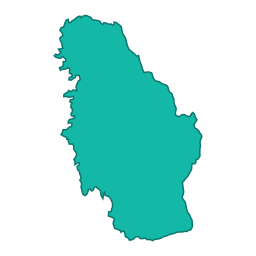 Santana do Riacho, Minas Gerais, Brazil (Equal Earth projection)
{"feature_id": "56859067B87261280335376", "entity_name": "Santana do Riacho", "entity_type": "district", "adm_level": 2, "iso_a3": "BRA", "parent_name": "Brazil", "parent_adm1": "Minas Gerais", "projection": "equal_earth", "projection_center": [-43.665, -19.182], "detail": "fine", "context": "isolated", "style": "filled", "palette": "teal", "viewbox_px": 256, "rotation_deg": 0, "n_neighbors": 0, "source": "geoboundaries", "source_scale": "gbopen_adm2", "svg_char_len": 4167}
<svg xmlns="http://www.w3.org/2000/svg" viewBox="0 0 256 256"><path d="M75.0,164.7L77.5,162.9L79.3,162.9L79.2,165.2L77.1,166.3L77.6,169.6L79.3,171.4L79.7,174.0L80.7,175.9L81.0,178.3L79.8,180.3L81.3,182.3L81.6,184.8L81.0,186.7L81.5,188.6L82.1,191.4L82.9,194.1L84.9,195.6L86.6,194.5L87.7,192.3L88.5,189.4L90.6,189.6L91.9,191.0L93.3,190.0L94.2,187.5L95.9,186.4L97.0,187.9L98.9,189.2L100.5,190.9L100.7,193.0L101.1,195.6L102.9,198.5L103.3,195.8L103.5,193.3L104.7,192.1L105.0,195.2L106.7,195.9L108.9,196.7L110.6,198.6L111.3,200.5L112.3,202.3L112.5,204.6L112.6,206.9L111.6,208.9L111.2,211.6L108.8,211.8L108.5,214.0L108.5,216.1L110.9,216.8L112.3,217.5L113.8,218.0L114.3,219.8L113.4,221.5L113.2,223.9L113.8,225.8L114.7,228.4L117.2,229.3L119.9,230.3L121.0,232.3L122.3,231.2L124.1,231.4L125.0,234.0L125.4,236.8L127.2,237.4L128.5,238.4L129.4,240.2L131.0,239.9L132.5,239.6L133.9,238.7L135.5,237.0L138.1,236.5L140.4,238.6L143.2,238.6L145.6,238.1L146.9,239.6L148.8,239.6L150.7,239.7L152.6,240.6L154.9,239.4L156.8,239.1L158.6,238.9L161.1,238.1L162.8,236.9L164.7,236.4L167.0,235.7L169.2,234.6L171.3,234.1L173.7,233.5L176.2,232.5L178.5,232.0L180.6,232.0L183.0,231.8L185.2,231.3L186.8,231.5L188.5,230.3L190.6,229.9L191.8,228.0L192.5,226.2L192.3,223.7L192.1,220.3L190.9,218.2L190.2,216.2L189.2,214.1L187.8,212.6L186.7,209.5L186.1,206.7L185.7,203.9L184.8,201.5L183.5,199.8L182.4,198.2L182.5,196.0L183.3,194.1L183.7,191.6L183.3,188.9L183.0,186.8L182.7,184.7L182.5,182.3L184.1,180.6L185.6,178.5L186.9,177.2L188.0,175.8L188.9,174.1L190.2,172.0L191.1,170.2L191.7,168.2L191.7,165.8L192.4,163.5L194.9,163.8L196.0,162.0L195.8,160.0L197.5,159.3L199.0,157.7L200.0,155.8L199.8,152.9L199.8,149.2L200.5,145.9L200.0,142.7L200.4,139.9L201.3,138.3L201.8,136.4L201.1,134.5L199.9,133.1L198.8,130.9L196.5,128.8L194.7,127.9L193.9,124.7L195.4,122.4L197.0,119.8L195.3,117.2L194.5,114.2L192.7,112.5L191.2,114.1L190.1,116.5L187.7,116.3L186.0,115.7L184.6,114.7L182.2,114.5L180.3,116.0L178.9,116.7L177.1,116.1L175.7,115.2L175.3,112.9L175.7,111.1L176.2,109.3L175.7,107.1L174.8,105.3L174.0,102.6L173.8,98.8L172.7,96.6L172.2,94.5L171.1,93.0L169.5,91.9L168.7,90.1L168.0,87.3L166.8,85.4L165.4,84.8L163.6,84.4L161.4,83.2L159.7,81.9L157.5,81.4L155.7,80.9L154.3,79.7L153.1,77.5L152.5,75.5L151.7,72.9L148.9,72.0L146.5,72.1L144.2,72.6L143.0,70.4L142.2,68.4L141.5,65.7L140.6,63.2L139.8,61.0L139.2,58.8L138.6,55.5L137.1,56.3L135.8,55.3L134.4,53.8L132.9,52.6L131.1,51.1L129.2,49.6L128.4,48.0L127.5,46.1L126.8,43.6L126.2,40.3L125.2,37.8L124.4,36.2L122.6,33.6L121.9,30.0L121.2,26.6L118.9,24.6L117.3,23.3L115.6,22.3L114.1,22.1L114.0,24.4L112.7,25.4L111.1,24.0L108.7,24.3L106.7,23.2L103.9,22.7L102.6,24.5L101.0,23.2L99.8,21.1L97.1,20.4L94.7,20.1L93.1,19.9L91.7,19.1L90.9,17.4L89.3,16.9L87.5,15.9L85.4,15.4L82.6,16.3L81.1,17.8L80.0,16.1L78.0,16.7L76.0,18.2L74.4,19.6L72.4,20.6L70.5,22.5L68.6,22.5L68.3,19.4L66.4,19.9L65.2,22.3L64.5,24.6L63.5,27.2L61.3,27.5L59.9,30.3L62.0,32.9L63.1,35.6L61.0,36.8L59.9,38.1L60.4,40.8L61.9,43.5L62.0,45.7L63.0,48.2L60.9,48.9L58.5,49.1L59.5,51.0L61.0,52.5L59.5,53.8L57.8,54.9L55.5,54.3L54.2,55.8L56.0,57.3L57.8,57.8L59.3,58.2L61.1,58.0L62.4,56.4L63.8,57.5L65.8,59.3L65.6,61.5L63.2,61.6L63.3,64.3L62.7,66.5L61.2,67.0L59.4,67.8L60.4,70.3L62.6,69.2L64.7,69.2L66.1,68.7L68.3,67.8L70.1,69.2L69.4,71.5L69.5,73.5L71.5,73.7L72.2,75.8L70.9,77.0L69.4,77.4L68.9,79.8L71.1,80.2L73.3,78.6L75.2,77.5L75.8,75.3L77.4,75.5L79.3,75.4L79.6,77.4L80.3,79.7L78.2,81.2L76.8,84.4L76.0,86.7L76.4,88.9L76.9,91.0L75.2,90.4L73.3,89.9L72.0,90.8L70.1,91.6L68.6,90.5L67.6,92.3L65.8,93.1L63.9,94.6L63.8,96.7L65.7,96.4L67.4,96.8L68.8,97.2L70.7,97.0L73.3,96.4L73.8,98.8L71.9,99.5L70.3,99.8L69.8,101.8L72.0,103.1L71.0,105.1L70.9,107.5L72.5,109.4L72.3,111.7L70.9,113.9L71.5,115.8L72.9,116.2L74.8,116.0L74.5,118.0L72.9,118.5L71.3,119.2L69.5,119.5L68.3,121.1L68.3,123.2L69.8,122.7L71.9,123.4L71.6,126.3L69.8,127.0L68.0,128.1L66.7,129.7L64.8,129.6L63.0,129.8L62.5,132.4L61.0,134.4L62.7,135.7L64.7,136.6L66.5,137.5L66.8,139.4L68.4,139.4L68.4,141.6L69.3,144.1L70.9,144.1L72.8,144.0L73.8,146.6L73.6,149.0L74.7,150.8L76.5,153.0L76.4,155.4L75.4,157.3L73.9,159.3L75.0,161.7L75.0,164.7Z" fill="#14b8a6" stroke="#0f766e" stroke-width="1.5"/></svg>